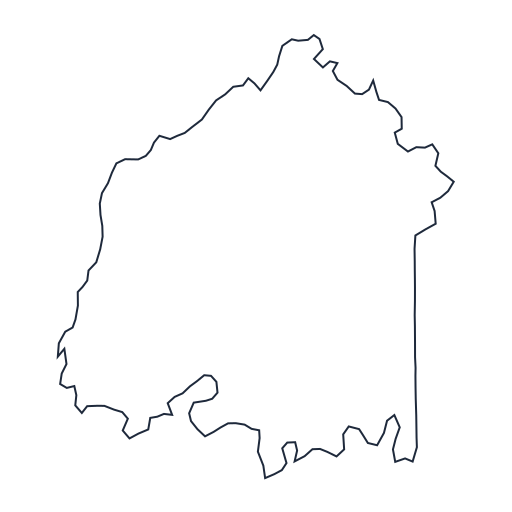 Bozano, Rio Grande do Sul, Brazil (Natural Earth projection), rotated 181°
{"feature_id": "56859067B99818691919040", "entity_name": "Bozano", "entity_type": "district", "adm_level": 2, "iso_a3": "BRA", "parent_name": "Brazil", "parent_adm1": "Rio Grande do Sul", "projection": "natural_earth1", "projection_center": [-53.753, -28.359], "detail": "fine", "context": "isolated", "style": "outline", "palette": "slate", "viewbox_px": 512, "rotation_deg": 181, "n_neighbors": 0, "source": "geoboundaries", "source_scale": "gbopen_adm2", "svg_char_len": 2278}
<svg xmlns="http://www.w3.org/2000/svg" viewBox="0 0 512 512"><g transform="rotate(181 256 256)"><path d="M113.2,52.6L103.4,56.2L95.8,53.2L91.8,67.6L92.3,77.2L92.7,90.1L93.0,99.4L93.4,107.8L93.8,116.1L94.2,127.9L94.5,139.1L94.5,146.8L95.2,157.6L95.5,172.5L95.9,188.8L96.3,199.6L96.3,213.9L96.5,226.8L96.7,234.8L97.0,245.0L97.2,253.6L97.6,265.9L97.0,279.3L87.0,285.6L76.9,291.4L78.2,304.1L81.3,312.8L72.7,317.5L65.1,324.2L59.6,333.7L66.2,338.9L72.7,343.5L78.2,349.3L75.5,361.9L81.7,370.7L89.0,367.3L97.6,367.6L105.9,363.1L116.2,370.6L119.4,381.8L112.5,385.8L112.9,397.4L119.1,405.9L126.8,412.2L135.7,414.2L138.5,422.2L141.9,433.5L146.0,424.3L152.7,419.7L159.9,420.1L168.3,427.6L177.6,433.6L182.4,442.3L178.0,450.3L185.5,451.9L192.4,445.7L201.5,454.0L192.8,464.0L196.3,474.1L202.1,477.9L207.9,473.0L217.6,472.0L224.0,473.3L233.3,466.6L236.4,456.2L238.1,447.7L241.9,440.3L247.8,431.3L254.4,421.7L260.6,428.6L266.8,433.6L272.0,426.3L281.7,424.8L289.6,417.1L298.6,410.9L305.7,401.6L312.5,391.5L321.8,384.1L329.4,377.8L336.8,374.8L343.9,371.4L354.7,374.5L360.0,367.6L363.0,360.1L367.9,354.2L375.5,350.5L388.6,350.5L397.2,346.2L401.5,336.8L405.3,326.2L411.1,316.2L413.1,305.7L412.2,294.3L410.2,283.4L409.7,272.6L411.9,260.0L415.6,246.9L423.2,238.6L424.3,228.5L429.0,221.9L433.6,216.9L433.2,203.3L435.4,189.4L438.1,181.3L445.4,177.0L451.6,165.3L452.4,151.9L446.0,159.9L443.6,144.7L448.2,135.1L449.6,124.6L442.9,120.8L435.4,122.8L433.2,113.7L434.1,103.5L427.4,96.0L422.2,102.9L411.5,103.5L404.9,103.5L395.2,99.9L387.0,97.6L381.3,91.1L386.2,79.2L379.3,71.4L370.4,76.4L360.7,80.7L358.9,92.3L351.9,93.6L345.3,96.5L337.1,95.7L341.7,107.3L334.9,113.7L327.0,117.4L319.7,124.6L313.0,129.7L305.7,135.9L298.9,135.4L293.4,129.5L292.1,118.7L297.3,112.5L303.5,110.4L315.7,108.3L320.1,97.6L318.1,89.8L311.5,81.8L303.8,74.8L295.3,79.4L288.5,83.9L281.0,88.2L273.4,88.5L264.4,87.2L257.4,83.1L249.8,81.8L249.2,74.0L250.7,60.4L245.0,46.5L243.0,34.1L233.9,38.2L226.4,42.4L221.9,49.5L226.4,64.2L221.5,70.0L213.6,70.5L211.5,62.2L213.8,51.3L203.9,56.7L196.2,63.8L188.6,64.2L181.3,61.4L172.0,57.0L164.5,64.2L165.7,79.2L160.3,87.2L149.9,84.7L146.0,78.9L140.9,71.0L131.6,68.9L125.0,81.3L122.1,93.6L114.9,99.4L109.3,87.2L113.2,75.6L115.7,65.0L113.2,52.6Z" fill="none" stroke="#1e293b" stroke-width="2"/></g></svg>